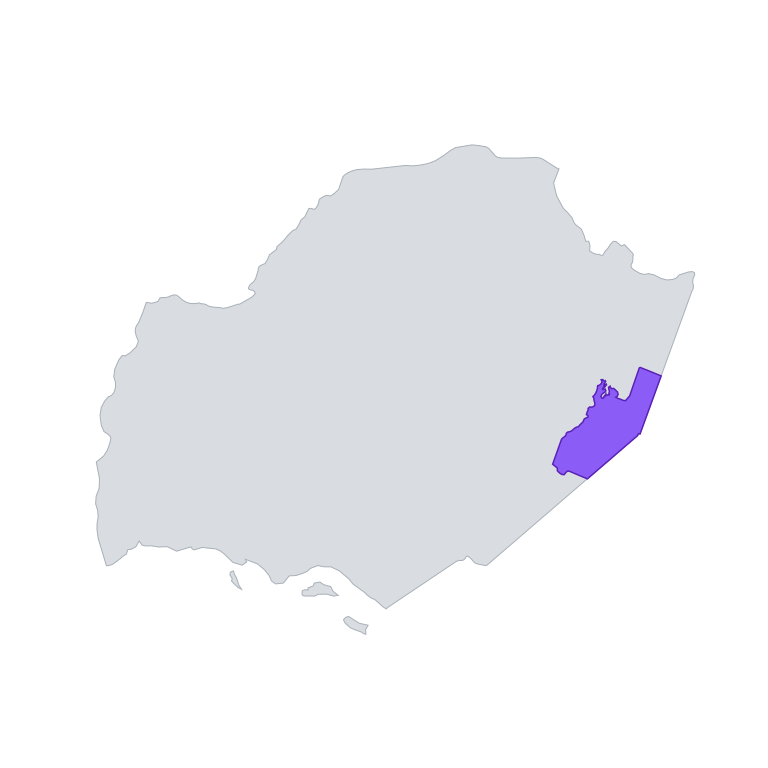 United Republic of Tanzania, with Mara highlighted, rotated 110°
{"feature_id": "TZA-3394", "entity_name": "Mara", "entity_type": "Region", "adm_level": 1, "iso_a3": "TZA", "parent_name": "United Republic of Tanzania", "parent_adm1": "", "projection": "orthographic", "projection_center": [33.712, -1.747], "detail": "fine", "context": "in_parent", "style": "filled", "palette": "violet", "viewbox_px": 768, "rotation_deg": 110, "n_neighbors": 0, "source": "natural_earth", "source_scale": "10m", "svg_char_len": 5792}
<svg xmlns="http://www.w3.org/2000/svg" viewBox="0 0 768 768"><g transform="rotate(110 384 384)"><path d="M291.7,531.6L283.9,527.5L276.8,525.0L271.0,522.2L268.4,519.5L263.0,518.5L258.3,518.1L253.9,515.6L245.0,514.7L244.0,513.0L243.8,509.3L242.3,508.3L239.0,507.4L235.5,507.4L233.4,508.0L232.1,507.7L229.2,505.5L226.5,502.8L225.5,498.3L221.3,495.5L216.6,493.2L203.5,493.5L201.5,492.8L198.3,490.6L194.7,486.9L191.7,482.6L189.1,476.9L186.4,469.1L171.1,438.2L169.5,432.4L166.5,425.9L161.7,417.9L156.5,412.0L149.6,406.6L141.7,401.3L137.4,397.7L129.2,383.1L127.5,376.3L126.2,369.2L126.7,366.3L131.7,357.1L132.2,354.6L131.5,351.1L129.0,343.8L125.8,335.0L119.2,318.9L118.3,314.9L118.4,311.8L122.0,295.4L122.0,293.1L137.1,293.4L148.1,286.2L157.7,275.5L159.6,271.0L163.5,264.1L167.3,260.7L168.8,258.3L171.0,251.5L176.0,246.8L180.9,243.2L179.9,240.7L180.6,239.8L183.3,237.9L188.5,236.3L189.5,232.7L189.5,228.6L188.6,226.3L188.8,223.7L188.0,222.3L184.6,221.9L179.5,219.9L175.2,219.0L172.3,217.8L171.3,216.9L170.8,214.5L173.1,208.2L170.8,205.7L176.0,195.3L177.0,194.0L178.9,193.8L182.0,192.7L184.8,192.2L187.1,192.6L188.8,192.2L190.2,191.0L191.5,187.5L192.5,181.6L192.0,176.8L189.8,173.1L189.1,167.4L190.1,159.8L189.4,153.5L187.0,148.5L184.5,145.5L180.7,144.1L174.7,136.4L172.9,132.7L173.2,130.3L175.3,129.3L179.1,129.7L182.6,128.8L186.0,126.7L189.2,126.0L190.9,126.4L342.4,126.3L519.1,225.3L519.9,226.5L521.2,235.0L520.9,237.9L518.2,242.8L517.4,245.3L517.3,247.1L518.0,247.8L520.3,248.1L522.3,249.2L523.0,250.1L524.5,253.8L526.4,255.7L593.0,304.3L594.6,305.0L593.6,309.1L589.7,318.9L589.5,323.0L588.0,327.8L586.5,331.0L582.5,344.9L579.3,350.0L574.8,362.2L574.0,371.4L576.3,377.9L577.2,384.0L582.3,390.0L586.4,392.2L589.1,394.9L594.0,401.1L596.7,407.4L605.5,410.5L608.9,417.5L607.6,422.3L603.4,426.3L599.5,432.7L596.3,441.2L596.1,454.2L598.2,452.2L602.8,455.4L603.3,465.0L598.3,476.1L596.8,481.3L596.5,485.7L599.8,499.0L604.9,505.8L604.5,507.9L603.1,509.7L612.0,521.7L611.0,532.1L614.3,540.2L615.6,547.2L617.7,552.6L618.1,556.3L615.3,560.4L621.8,561.5L625.6,564.8L627.3,568.1L632.1,567.9L634.6,570.1L638.2,572.0L646.3,577.4L648.5,580.1L649.7,582.7L626.9,599.7L618.8,604.0L612.9,606.0L606.7,607.1L600.8,609.8L595.2,614.0L588.0,616.1L579.3,616.0L570.2,619.0L555.7,627.7L547.5,622.8L540.9,621.3L533.4,621.4L528.8,622.0L527.1,623.0L525.7,626.0L524.4,630.9L519.4,635.6L510.7,640.1L502.7,641.7L495.4,640.6L490.5,638.7L487.9,636.1L484.1,634.9L479.1,635.1L474.3,636.9L469.6,640.4L462.3,642.0L452.2,641.5L446.8,639.8L446.1,636.8L441.7,633.4L433.7,629.5L427.7,629.4L423.8,633.1L420.3,635.5L417.2,636.5L414.3,636.6L410.3,635.6L399.1,635.1L388.6,635.3L387.5,629.8L385.3,626.5L383.4,624.5L379.8,624.0L378.8,622.5L377.6,619.1L375.8,616.2L373.4,613.8L372.0,611.6L371.5,609.5L371.9,607.3L374.1,601.7L374.8,597.8L374.6,593.9L373.4,589.8L370.9,585.0L371.2,583.7L370.3,580.4L370.3,578.1L370.8,575.2L370.3,571.5L368.1,563.4L368.1,561.4L365.9,557.5L358.8,548.3L358.5,547.1L347.4,537.8L343.0,535.8L341.4,537.5L340.8,539.1L341.3,542.1L341.0,543.6L340.5,544.2L337.9,544.1L336.2,543.8L332.1,541.3L328.8,540.7L320.7,541.1L317.8,541.7L315.6,541.2L311.3,536.9L306.3,536.0L301.7,535.8L294.3,531.0L291.7,531.6ZM607.0,376.6L610.6,386.8L610.1,388.8L607.5,389.9L606.1,390.0L604.6,388.4L603.5,384.9L601.5,385.7L598.2,381.6L594.9,381.4L592.0,376.4L593.2,372.1L592.6,364.8L596.2,361.0L598.3,354.7L600.6,359.0L601.0,365.8L604.0,373.7L607.0,376.6ZM625.3,315.4L625.6,317.9L624.8,320.2L624.9,327.5L624.6,332.3L621.8,339.0L619.5,341.4L617.5,340.7L615.9,339.6L614.6,337.7L617.3,325.4L616.1,316.4L621.2,317.3L625.3,315.4ZM616.2,463.4L613.6,464.0L612.6,463.4L611.1,461.4L613.8,459.7L616.5,456.4L622.8,451.5L625.7,447.6L625.2,451.4L621.6,459.7L618.6,460.2L616.2,463.4Z" fill="#d9dde1" stroke="#a8b0b8" stroke-width="1"/><path d="M342.6,126.3L343.4,126.3L343.5,127.6L344.1,128.0L345.9,128.1L349.6,130.2L359.9,136.0L370.3,141.8L378.1,146.1L380.7,147.6L391.0,153.4L401.4,159.2L403.6,160.4L402.6,179.5L402.9,181.6L404.8,182.8L407.5,183.6L408.2,186.0L407.5,188.9L406.2,191.5L404.9,191.9L403.7,192.4L401.7,198.1L375.2,198.3L373.4,197.5L370.7,195.7L369.4,195.6L367.9,195.8L366.5,195.1L365.4,193.4L364.1,191.8L360.5,189.8L358.9,188.6L357.8,187.0L356.7,186.3L355.4,186.0L351.6,184.0L349.9,184.0L348.2,183.8L345.1,180.9L343.9,181.6L343.6,183.3L341.7,183.5L338.4,183.3L337.1,183.9L335.2,182.8L335.2,182.4L334.5,180.5L333.1,179.1L331.3,178.7L329.5,179.6L327.3,181.2L326.8,181.4L326.1,181.6L325.5,182.2L324.3,183.4L322.4,182.4L319.7,181.9L316.8,181.8L314.4,182.1L313.1,182.6L312.4,182.6L312.1,182.2L311.9,181.6L311.3,181.1L310.1,180.4L308.7,179.9L307.6,179.9L306.6,180.4L305.8,181.4L305.4,180.8L305.2,180.5L305.1,180.1L305.2,179.6L305.6,178.9L305.8,178.4L305.8,178.0L305.7,177.5L305.6,177.1L305.4,177.1L305.7,176.6L305.8,176.6L306.1,176.8L307.5,176.8L308.6,177.1L308.9,177.3L309.2,176.7L309.2,176.1L308.8,175.5L308.1,175.1L308.7,174.6L309.4,175.1L310.1,176.0L310.4,176.8L310.8,176.8L310.7,175.3L311.5,175.5L313.4,177.1L313.6,176.8L313.7,176.6L314.4,176.4L313.1,174.4L314.4,173.2L315.9,173.6L319.1,175.8L321.3,175.8L321.7,175.9L322.0,175.3L322.6,174.6L322.8,173.9L322.0,173.1L321.6,173.3L321.4,173.2L321.0,173.1L321.3,173.0L321.4,172.8L319.4,172.3L317.4,172.1L318.7,171.3L318.8,171.0L318.4,170.5L317.3,169.8L317.1,169.4L317.4,168.8L316.8,168.7L316.2,168.7L315.9,169.0L315.7,169.5L314.0,169.6L312.1,170.9L310.3,171.9L308.7,170.8L309.9,170.1L310.1,170.0L310.1,169.3L310.1,168.9L310.5,168.3L309.8,167.2L309.6,166.5L311.6,161.9L313.7,160.4L315.8,160.7L317.1,161.7L317.5,159.2L317.4,156.5L317.6,153.9L317.1,151.4L311.2,149.1L281.6,149.6L280.8,148.9L281.6,126.3L287.7,126.3L290.6,126.3L299.4,126.3L308.3,126.3L315.7,126.3L317.1,126.3L325.6,126.3L326.0,126.3L334.8,126.3L338.8,126.3L342.4,126.3L342.6,126.3Z" fill="#8b5cf6" stroke="#5b21b6" stroke-width="1.5"/></g></svg>